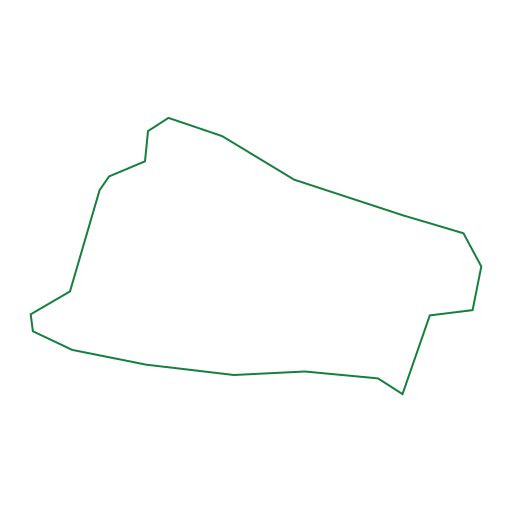 the Metropolitan Borough of Gateshead
{"feature_id": "GBR-5665", "entity_name": "Gateshead", "entity_type": "Metropolitan Borough", "adm_level": 1, "iso_a3": "GBR", "parent_name": "United Kingdom", "parent_adm1": "", "projection": "albers", "projection_center": [-1.695, 54.944], "detail": "fine", "context": "isolated", "style": "outline", "palette": "green", "viewbox_px": 512, "rotation_deg": 0, "n_neighbors": 0, "source": "natural_earth", "source_scale": "10m", "svg_char_len": 386}
<svg xmlns="http://www.w3.org/2000/svg" viewBox="0 0 512 512"><path d="M233.9,375.0L146.3,364.7L72.2,349.9L32.9,331.3L30.7,314.3L70.0,291.4L99.6,190.1L109.1,176.4L145.0,161.3L148.0,131.1L168.4,117.9L222.1,136.1L294.2,179.7L403.1,215.4L463.5,233.3L481.3,266.5L472.6,310.1L429.8,315.4L402.5,394.1L378.0,378.4L304.9,371.5L233.9,375.0Z" fill="none" stroke="#15803d" stroke-width="2"/></svg>